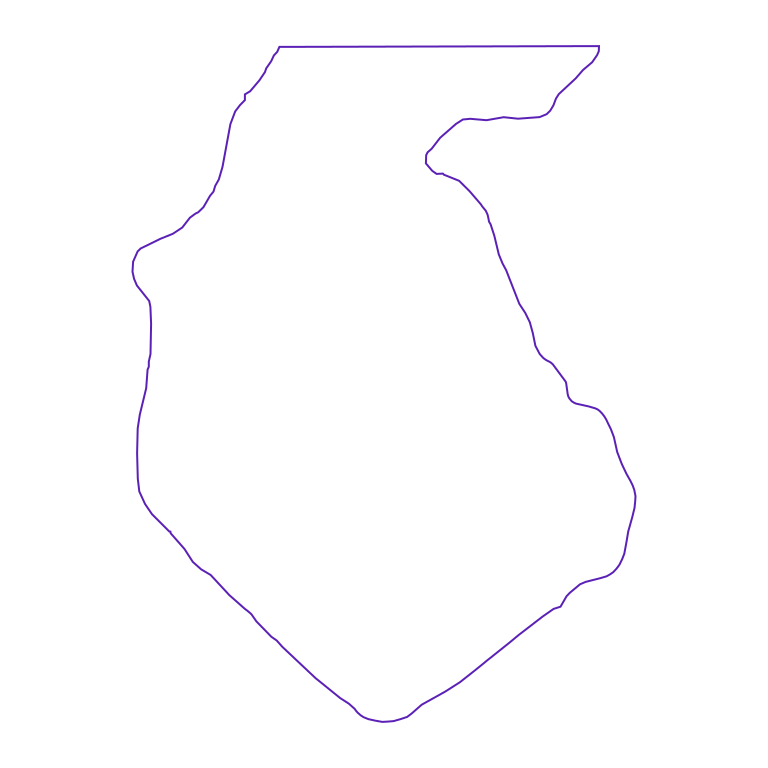 outline of San Mateo Ixtatán, Huehuetenango, Guatemala
{"feature_id": "79465075B68216544960730", "entity_name": "San Mateo Ixtatán", "entity_type": "district", "adm_level": 2, "iso_a3": "GTM", "parent_name": "Guatemala", "parent_adm1": "Huehuetenango", "projection": "robinson", "projection_center": [-91.419, 15.932], "detail": "fine", "context": "isolated", "style": "outline", "palette": "violet", "viewbox_px": 768, "rotation_deg": 0, "n_neighbors": 0, "source": "geoboundaries", "source_scale": "gbopen_adm2", "svg_char_len": 2353}
<svg xmlns="http://www.w3.org/2000/svg" viewBox="0 0 768 768"><path d="M599.0,46.1L279.4,46.9L277.2,51.9L273.9,55.4L271.2,61.2L266.2,68.4L265.0,72.0L259.5,80.2L250.2,91.2L244.9,94.4L244.9,100.1L240.0,105.1L235.2,111.4L230.4,124.1L222.5,166.9L218.8,179.5L215.2,185.9L213.5,191.6L210.1,195.7L203.5,207.1L198.3,212.2L195.3,213.7L189.9,217.7L182.3,227.5L172.8,233.8L160.4,238.8L140.6,248.5L137.6,251.5L133.1,261.7L132.5,271.8L134.1,278.9L136.9,285.5L149.2,301.0L150.4,306.9L151.1,323.9L150.5,354.0L148.8,361.6L148.8,366.8L147.6,369.5L146.2,388.2L139.8,414.6L137.7,428.4L137.1,453.3L137.8,478.7L139.3,491.5L145.1,504.1L152.0,514.2L169.3,531.5L170.4,531.6L170.7,533.3L184.5,549.0L192.8,561.9L201.1,569.3L210.7,575.0L229.4,595.2L244.8,608.8L247.2,610.6L250.2,613.1L251.6,614.5L256.4,621.4L271.4,636.8L276.7,640.5L282.4,646.9L315.6,678.2L324.2,685.1L325.4,686.1L340.2,698.1L348.9,703.7L354.8,709.0L355.8,710.5L357.6,712.6L360.8,715.4L363.6,717.2L368.3,719.1L375.5,720.7L382.3,721.9L387.7,721.6L393.6,721.1L400.3,719.2L407.2,716.9L411.8,713.4L421.7,704.7L445.2,691.6L459.8,682.3L472.0,672.7L480.6,665.8L487.3,660.3L509.4,642.7L518.8,634.9L542.7,616.5L553.6,608.9L560.5,606.7L566.5,596.3L569.8,592.8L580.0,584.3L585.6,581.9L600.2,578.2L606.6,576.3L610.0,574.4L613.2,572.2L616.4,568.8L619.4,564.8L622.2,559.1L624.3,553.7L626.6,541.3L628.2,531.6L632.2,517.4L634.5,508.0L635.2,501.4L635.5,496.1L634.3,490.0L632.7,485.5L630.4,480.8L626.4,473.7L621.8,464.0L617.2,452.0L613.9,437.1L610.9,429.2L608.1,423.5L606.2,419.5L604.4,416.5L602.2,413.6L599.6,410.9L597.6,409.4L595.1,408.3L588.6,406.4L576.0,403.6L574.2,402.8L571.8,401.3L569.5,398.6L568.4,396.7L567.7,394.2L566.2,383.4L565.8,381.9L564.9,380.6L552.8,364.3L551.0,362.7L548.8,361.4L547.3,360.7L545.3,359.5L543.2,357.9L539.7,354.0L535.4,345.8L532.8,333.1L529.8,322.2L525.3,313.0L519.3,303.8L506.2,270.3L502.5,263.4L498.8,254.4L494.3,235.7L490.6,224.3L489.0,221.6L488.6,219.2L487.6,214.7L485.8,210.8L481.9,206.0L481.1,204.6L469.5,191.1L459.1,180.8L443.9,174.7L442.9,173.6L436.6,173.9L432.3,170.9L425.9,163.4L426.2,155.1L427.6,152.3L431.6,148.8L440.2,137.7L456.0,123.9L462.9,119.5L470.3,118.8L486.5,120.2L503.7,117.2L518.1,118.7L539.6,117.1L546.6,114.2L550.2,110.7L553.4,105.4L556.0,98.5L558.8,94.1L575.7,78.4L583.0,70.0L592.2,62.2L597.1,55.1L598.8,51.2L599.0,46.1Z" fill="none" stroke="#5b21b6" stroke-width="2"/></svg>